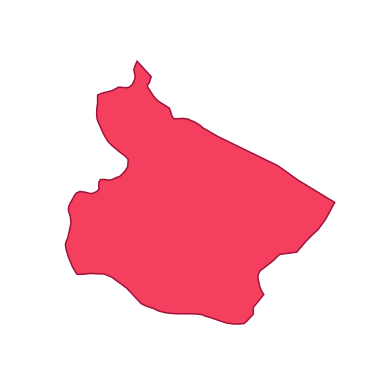 the district of Simunjan, Sarawak, Malaysia, rotated 166°
{"feature_id": "92858781B68418840965582", "entity_name": "Simunjan", "entity_type": "district", "adm_level": 2, "iso_a3": "MYS", "parent_name": "Malaysia", "parent_adm1": "Sarawak", "projection": "albers", "projection_center": [110.894, 1.279], "detail": "fine", "context": "isolated", "style": "filled", "palette": "rose", "viewbox_px": 384, "rotation_deg": 166, "n_neighbors": 0, "source": "geoboundaries", "source_scale": "gbopen_adm2", "svg_char_len": 1904}
<svg xmlns="http://www.w3.org/2000/svg" viewBox="0 0 384 384"><g transform="rotate(166 192 192)"><path d="M56.0,147.3L86.4,178.0L102.2,196.6L153.4,239.5L165.9,251.6L168.1,254.9L173.0,259.7L175.4,261.4L178.4,263.8L183.3,265.7L189.3,266.8L192.0,267.6L193.1,270.6L193.3,275.2L193.6,278.7L196.9,282.3L200.9,286.3L203.4,289.3L206.1,294.2L207.7,299.1L209.4,303.7L209.6,306.4L207.2,308.1L205.6,310.5L203.7,313.8L213.7,332.2L217.8,326.8L218.9,324.4L219.1,321.1L219.1,318.1L220.2,315.4L223.8,310.8L227.6,308.9L231.1,309.2L237.9,311.6L241.7,310.5L244.7,309.7L255.2,309.7L260.1,308.9L260.2,308.7L262.0,301.5L264.5,295.0L265.8,290.1L266.4,286.1L266.1,282.3L265.3,278.5L264.7,274.4L263.9,270.1L262.6,265.4L261.2,261.1L258.5,256.5L252.3,248.1L248.5,243.5L246.0,239.1L247.1,235.6L248.5,231.8L251.7,228.8L255.0,226.6L258.2,224.7L262.6,224.2L266.4,223.4L269.6,223.6L273.7,225.3L277.8,226.3L279.9,224.2L280.8,221.2L281.6,217.4L284.3,215.5L288.9,214.7L291.9,215.5L296.2,217.9L300.6,219.6L304.4,219.0L306.8,217.1L309.0,214.7L312.2,211.4L315.0,207.9L316.3,204.6L316.3,201.6L316.0,197.8L316.9,191.3L320.9,182.9L323.9,177.2L326.1,174.5L327.7,171.2L328.0,166.6L327.7,159.0L326.1,148.4L323.6,140.0L320.6,139.2L316.8,138.4L310.6,137.6L306.8,136.5L302.2,135.1L297.3,133.8L290.8,129.1L278.6,114.5L268.3,96.0L264.2,92.5L257.7,88.4L253.1,84.6L247.1,81.4L240.0,78.7L235.4,77.3L230.8,76.2L225.7,74.9L217.5,72.7L211.8,70.5L208.8,68.1L205.3,66.2L198.0,61.5L193.6,58.6L189.3,56.1L183.6,53.9L178.7,52.6L173.5,51.8L170.6,53.1L166.0,56.1L161.9,58.8L160.5,65.1L147.1,75.2L147.4,75.8L148.4,78.8L149.1,83.3L149.1,86.7L148.9,89.5L148.7,93.5L147.5,96.1L145.8,98.2L144.6,99.3L142.0,100.3L139.4,101.5L136.1,102.9L132.2,104.6L128.6,106.4L125.8,108.1L123.4,109.5L122.0,110.2L104.7,108.3L104.3,108.8L98.9,112.6L92.9,116.9L86.2,121.0L79.1,124.8L69.3,132.9L64.2,138.4L58.7,144.6L56.0,147.3Z" fill="#f43f5e" stroke="#9f1239" stroke-width="1.5"/></g></svg>